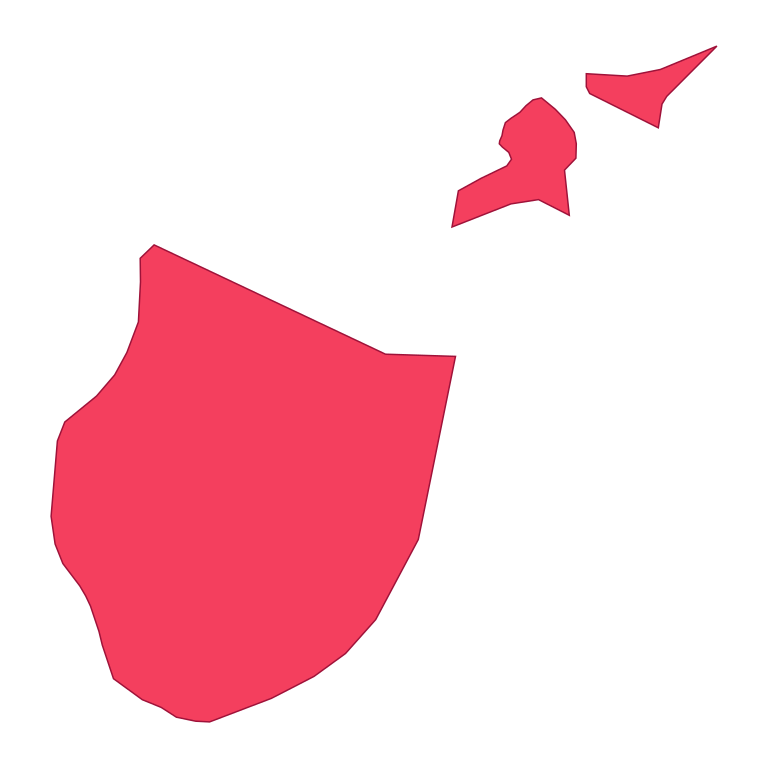 the border of Appenzell Innerrhoden
{"feature_id": "CHE-3473", "entity_name": "Appenzell Innerrhoden", "entity_type": "Canton", "adm_level": 1, "iso_a3": "CHE", "parent_name": "Switzerland", "parent_adm1": "", "projection": "orthographic", "projection_center": [9.457, 47.345], "detail": "fine", "context": "isolated", "style": "filled", "palette": "rose", "viewbox_px": 768, "rotation_deg": 0, "n_neighbors": 0, "source": "natural_earth", "source_scale": "10m", "svg_char_len": 930}
<svg xmlns="http://www.w3.org/2000/svg" viewBox="0 0 768 768"><path d="M455.5,356.4L418.3,539.5L375.7,619.6L345.5,653.5L314.0,676.4L271.3,698.4L209.6,721.9L195.7,721.2L176.4,717.2L161.2,707.4L142.3,699.7L113.5,678.7L102.3,645.1L99.0,631.5L90.5,606.1L85.8,596.1L79.8,585.9L62.9,563.6L55.1,544.0L51.1,516.3L57.4,441.0L64.8,422.0L96.6,396.0L114.7,374.9L126.9,352.5L138.4,322.0L140.5,281.9L140.2,258.3L154.1,244.9L385.5,354.2L455.5,356.4ZM569.3,215.3L538.5,199.6L510.9,203.9L452.0,227.0L458.4,190.8L481.1,178.3L506.8,165.9L511.5,159.2L508.8,152.4L502.4,147.1L499.3,143.8L499.7,140.9L502.0,135.6L503.0,130.1L505.4,122.6L511.1,118.2L519.9,112.3L526.0,105.7L533.0,99.9L541.5,97.9L555.3,109.3L565.4,119.8L574.2,132.4L576.3,143.8L575.9,158.2L564.5,170.1L569.3,215.3ZM716.9,46.1L666.7,96.4L662.0,104.1L658.3,127.8L589.7,93.5L586.3,86.8L586.3,73.7L627.2,76.1L660.3,69.5L716.9,46.1Z" fill="#f43f5e" stroke="#9f1239" stroke-width="1.5"/></svg>